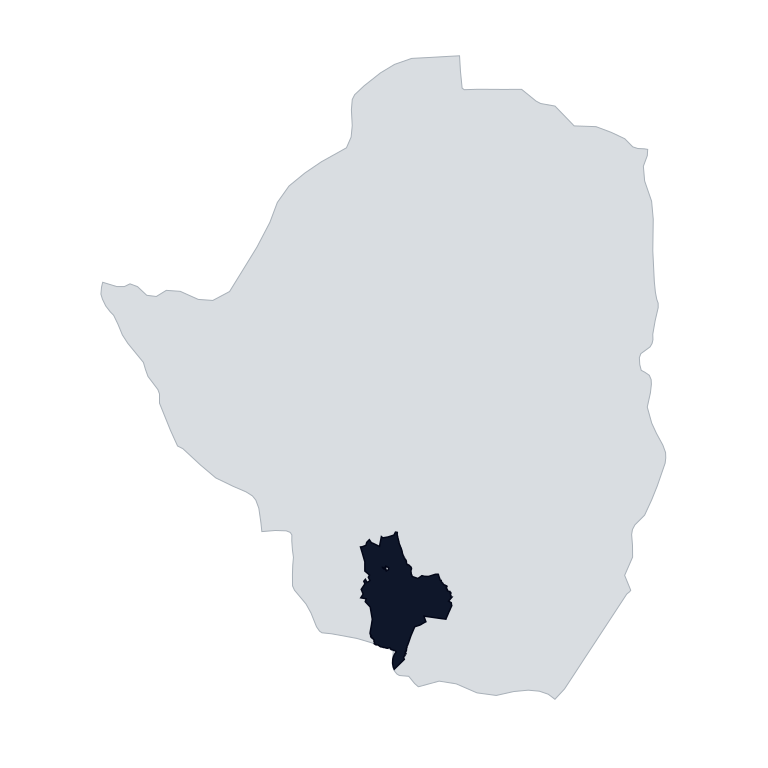 Gwanda, Matabeleland South, Zimbabwe shown in context, rotated 357°
{"feature_id": "62879985B81037274427079", "entity_name": "Gwanda", "entity_type": "district", "adm_level": 2, "iso_a3": "ZWE", "parent_name": "Zimbabwe", "parent_adm1": "Matabeleland South", "projection": "equal_earth", "projection_center": [29.396, -21.277], "detail": "fine", "context": "in_parent", "style": "filled", "palette": "ink", "viewbox_px": 768, "rotation_deg": 357, "n_neighbors": 0, "source": "geoboundaries", "source_scale": "gbopen_adm2", "svg_char_len": 7274}
<svg xmlns="http://www.w3.org/2000/svg" viewBox="0 0 768 768"><g transform="rotate(357 384 384)"><path d="M538.2,707.8L531.8,702.4L523.1,698.9L512.0,697.3L497.5,697.9L479.8,700.9L460.7,697.3L440.4,687.2L423.5,683.6L403.3,688.0L402.4,688.1L398.9,684.7L393.4,677.2L384.1,675.9L381.6,674.2L379.6,671.4L378.2,667.9L377.7,664.0L379.2,651.8L378.4,650.4L375.9,649.0L370.9,647.5L358.7,642.0L343.4,636.6L318.6,630.7L309.0,629.2L306.7,627.4L303.9,622.9L299.1,608.8L294.6,599.6L283.8,585.2L282.1,580.8L282.6,569.4L283.4,560.2L284.5,552.4L283.9,545.1L283.7,536.0L284.1,529.9L282.6,527.3L278.7,525.5L267.7,524.6L254.3,525.0L253.8,515.7L252.5,501.5L249.9,493.2L246.8,488.9L240.6,484.5L228.2,478.4L211.1,469.0L196.5,455.3L179.8,438.1L174.6,435.1L168.3,419.0L158.8,391.4L159.3,382.2L157.9,377.7L148.7,364.1L146.6,357.1L144.9,349.9L130.3,330.0L125.3,321.3L121.4,310.2L117.6,301.2L114.4,297.6L110.2,291.5L107.3,284.6L106.0,279.4L107.0,272.5L108.4,267.7L122.2,272.7L129.8,273.1L135.6,270.7L143.0,273.9L151.7,283.0L161.2,284.7L171.5,279.1L185.4,280.8L202.9,289.8L217.4,291.6L234.6,283.6L249.9,261.5L264.3,240.6L278.5,216.6L287.0,197.1L299.5,181.3L316.1,169.1L333.1,158.8L359.0,146.1L358.9,146.1L364.1,135.7L365.8,124.3L365.8,108.5L367.2,98.2L369.9,93.5L374.2,89.9L379.7,85.2L396.8,73.1L411.2,65.4L428.6,60.3L447.7,60.3L466.1,60.2L476.6,60.2L476.7,75.4L477.5,92.6L479.5,94.3L493.4,94.6L515.6,95.9L536.9,97.0L550.6,109.4L555.1,112.1L569.3,115.4L587.4,136.2L609.2,138.1L624.1,144.6L637.3,151.7L644.8,160.2L649.7,162.1L656.4,162.8L659.6,163.5L658.9,169.7L654.4,180.1L654.9,194.9L660.8,215.5L661.5,233.5L659.4,265.0L659.3,295.6L659.8,306.5L660.8,313.7L662.0,317.6L661.8,322.1L658.1,334.9L655.0,348.4L654.9,353.8L653.8,357.6L651.6,360.9L642.1,367.1L640.4,371.0L640.4,377.9L641.6,383.8L645.1,385.9L649.4,389.2L651.0,393.6L651.0,398.2L649.6,406.7L645.7,420.8L649.3,437.1L653.5,447.6L659.3,459.7L661.6,467.2L661.5,472.6L660.6,477.8L651.6,500.0L645.2,513.8L637.4,528.6L627.2,537.8L624.5,542.3L623.4,547.3L623.7,558.4L623.2,569.9L614.3,587.7L619.6,602.9L618.4,604.3L615.4,606.5L602.8,623.7L590.1,641.0L580.8,653.7L570.2,668.1L558.4,684.3L548.3,698.0L538.2,707.8Z" fill="#d9dde1" stroke="#a8b0b8" stroke-width="1"/><path d="M440.8,600.3L440.4,600.2L439.9,600.3L439.7,600.3L439.6,600.2L439.6,599.9L439.4,599.7L439.6,599.1L439.6,598.9L439.8,598.7L439.7,598.4L439.5,598.2L439.4,598.1L439.4,597.6L439.4,597.2L439.4,596.9L439.3,596.7L439.5,596.6L439.8,596.5L440.0,596.3L440.0,596.2L439.9,596.1L439.6,595.9L439.5,595.7L439.4,595.7L439.4,595.4L439.1,595.2L438.9,595.0L438.9,594.7L438.6,594.7L438.0,594.4L437.3,594.2L436.9,594.1L436.7,593.9L436.5,593.7L436.5,593.4L436.6,593.0L436.5,592.7L436.4,592.5L436.2,592.6L436.1,592.3L436.1,592.0L436.1,591.9L436.0,591.7L435.8,591.5L435.7,591.5L435.5,591.3L435.4,591.0L435.5,590.4L435.7,590.1L436.0,590.0L436.2,589.9L436.3,589.8L436.3,589.6L436.2,589.4L436.2,589.1L436.0,588.9L435.8,589.0L435.7,589.0L435.2,588.6L434.7,588.2L434.4,588.2L434.2,588.0L434.1,587.9L433.8,587.9L433.6,587.7L433.3,587.6L432.6,586.9L432.5,586.5L432.3,586.0L431.6,585.4L431.4,585.3L431.3,585.1L431.2,584.9L431.1,584.4L430.9,584.2L430.9,583.4L430.8,583.1L430.7,583.1L430.4,583.2L430.2,583.3L430.1,583.2L429.9,583.0L429.7,582.3L429.6,582.2L429.5,581.9L429.6,581.7L429.2,580.4L428.7,578.8L428.5,578.0L428.4,578.0L428.4,577.8L428.4,577.6L428.4,577.3L428.3,576.9L428.2,576.8L425.4,576.7L418.5,578.5L414.4,578.2L411.9,577.4L411.5,577.5L411.1,577.9L407.7,580.0L401.8,577.6L401.9,577.0L401.9,576.6L401.9,576.4L401.8,576.2L401.3,575.7L401.2,575.6L401.1,575.4L401.3,574.7L401.1,572.6L401.0,572.2L401.1,571.6L401.5,571.0L401.6,570.4L401.7,570.2L401.8,569.8L401.8,569.4L401.5,568.6L401.4,568.5L401.4,568.3L401.3,568.1L400.9,567.7L400.6,567.5L400.4,567.3L400.2,567.0L399.7,566.4L399.5,566.2L399.0,566.0L398.6,565.7L398.2,565.8L397.9,565.8L397.7,565.6L397.6,565.4L397.3,564.4L397.1,563.8L397.0,563.4L397.0,562.8L397.1,562.4L396.7,561.0L396.6,560.8L396.5,560.7L395.7,560.1L395.6,559.9L395.6,559.7L395.7,559.4L395.7,559.2L395.1,558.7L394.8,558.3L394.8,558.2L394.8,557.6L394.8,557.3L394.6,557.0L394.1,556.2L393.9,555.1L393.5,554.1L393.4,552.7L393.2,551.5L392.3,548.2L392.0,547.7L391.8,547.2L391.6,546.2L391.2,545.3L390.9,544.4L390.7,543.3L390.6,542.7L390.6,542.0L390.5,541.6L390.4,541.4L390.2,540.7L390.2,540.1L390.0,539.3L390.0,539.1L389.7,538.0L389.6,537.9L389.6,537.6L389.7,537.2L389.5,536.3L389.4,536.1L389.3,534.9L389.3,534.6L389.4,534.2L389.3,533.6L389.4,533.3L389.5,532.9L389.4,532.8L387.7,532.5L386.0,535.4L379.9,537.0L376.4,537.4L374.8,537.6L373.4,536.3L371.0,546.0L364.1,542.2L363.3,542.2L361.2,538.7L358.6,541.1L358.5,541.5L358.3,541.7L358.3,541.8L357.5,544.2L353.7,545.4L352.0,545.5L353.3,550.8L355.6,560.7L355.5,561.9L355.1,569.8L356.6,571.2L358.9,573.4L358.9,573.5L359.6,574.1L358.2,576.1L358.7,577.3L358.8,577.3L359.1,578.1L359.5,579.0L359.7,579.6L358.9,580.1L356.6,581.3L355.2,578.1L353.5,579.9L354.5,582.6L352.6,585.1L350.5,587.9L352.2,592.7L349.6,596.3L353.0,597.1L354.9,597.5L354.7,598.3L353.9,600.4L358.6,606.0L358.8,608.0L359.1,610.6L360.0,618.4L359.2,622.2L358.9,623.7L357.4,630.2L357.0,632.2L357.1,632.7L357.2,632.8L357.3,633.2L357.3,633.8L357.5,634.2L357.6,634.3L357.9,634.3L358.1,634.3L358.3,634.5L358.1,635.0L357.8,635.0L357.7,635.0L357.5,635.4L357.6,635.7L357.6,635.8L357.7,636.0L358.0,636.2L358.1,636.4L358.2,636.5L358.3,636.8L358.5,636.9L358.8,637.1L359.2,637.0L359.3,637.5L359.8,637.7L359.9,638.2L360.6,639.0L360.6,639.7L360.5,640.6L361.0,641.3L360.6,642.8L362.0,643.9L362.7,644.1L363.9,644.1L364.4,644.3L366.7,646.2L368.7,646.6L369.6,647.1L370.7,647.1L372.5,647.8L373.7,648.1L375.1,647.6L375.9,647.6L376.5,648.3L376.9,649.1L377.2,649.5L377.4,649.6L378.0,649.7L378.9,649.9L379.3,650.3L379.9,650.6L380.7,650.6L381.6,651.4L382.0,651.9L382.1,652.3L380.3,654.5L379.2,656.8L378.4,659.2L378.4,659.3L378.2,660.6L378.1,661.8L378.0,662.6L378.0,664.0L378.3,665.7L378.5,667.1L378.8,668.0L379.3,669.4L387.2,662.4L389.9,660.0L389.8,659.7L389.5,659.3L389.5,659.0L389.4,658.4L389.2,657.9L389.3,657.6L389.5,657.6L389.6,657.4L389.7,657.1L390.0,656.8L390.1,656.7L390.4,656.5L390.7,656.4L390.8,656.3L390.8,656.2L390.6,655.7L390.7,655.3L390.7,655.1L391.0,654.6L391.3,654.5L391.6,654.6L391.8,654.6L391.9,654.3L391.8,654.0L391.7,653.9L391.3,653.6L391.2,653.1L391.2,652.7L391.3,652.4L391.9,652.3L392.0,652.2L392.0,651.9L392.2,651.7L392.3,651.6L392.3,651.3L392.4,651.2L392.5,651.0L392.6,650.0L392.5,649.7L392.4,649.6L392.7,649.1L392.7,648.7L392.8,648.6L393.0,648.6L393.2,648.0L393.2,647.7L393.1,647.8L393.0,647.7L393.4,646.7L393.9,646.0L394.0,645.9L394.1,645.7L394.5,644.6L395.3,642.8L395.6,642.0L397.7,636.8L401.3,629.4L402.0,628.0L407.0,626.7L408.6,626.0L409.6,625.4L411.8,624.3L413.4,623.6L412.9,622.1L411.7,617.9L412.0,617.9L412.2,618.0L415.4,618.6L429.7,621.4L429.8,621.4L432.6,621.9L433.5,622.1L433.7,621.5L435.5,617.9L436.2,616.5L436.8,615.2L438.0,613.0L438.7,611.5L440.1,608.9L439.9,608.2L439.7,605.9L438.9,605.4L437.1,604.2L440.8,600.3ZM376.1,566.8L376.2,566.1L376.9,566.3L376.8,566.7L377.8,567.0L378.7,567.3L379.0,567.5L378.9,568.1L378.9,568.5L378.7,569.6L377.8,570.2L376.6,570.8L376.6,570.7L376.5,570.0L376.1,570.0L376.1,569.7L375.9,569.7L375.7,569.2L374.6,568.9L373.0,567.7L372.9,567.0L375.9,568.1L375.7,567.4L375.8,566.7L376.1,566.8Z" fill="#0f172a" stroke="#020617" stroke-width="1.5"/></g></svg>